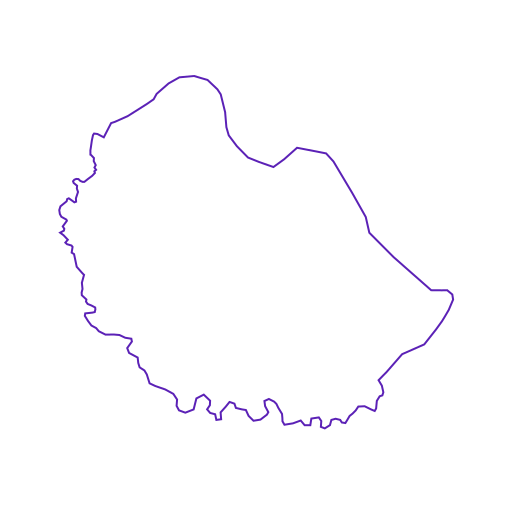 outline of Kwali, Federal Capital Territory, Nigeria, rotated 279°
{"feature_id": "59680162B82021418174103", "entity_name": "Kwali", "entity_type": "district", "adm_level": 2, "iso_a3": "NGA", "parent_name": "Nigeria", "parent_adm1": "Federal Capital Territory", "projection": "robinson", "projection_center": [6.945, 8.73], "detail": "fine", "context": "isolated", "style": "outline", "palette": "violet", "viewbox_px": 512, "rotation_deg": 279, "n_neighbors": 0, "source": "geoboundaries", "source_scale": "gbopen_adm2", "svg_char_len": 2571}
<svg xmlns="http://www.w3.org/2000/svg" viewBox="0 0 512 512"><g transform="rotate(279 256 256)"><path d="M351.7,80.3L351.6,76.9L349.9,76.1L344.5,75.8L337.6,75.9L334.4,75.9L333.3,76.1L330.2,76.6L330.1,77.1L327.4,80.6L324.3,80.9L320.7,83.5L318.1,82.6L316.1,84.6L314.4,83.1L312.8,83.9L309.5,81.6L305.7,77.9L302.4,74.9L302.1,73.1L302.7,70.7L304.2,68.6L304.0,66.4L302.9,64.6L301.2,63.6L299.6,64.5L297.4,68.3L294.6,68.5L291.4,70.2L284.8,69.1L281.5,69.8L280.6,68.2L281.1,67.3L283.7,62.1L282.7,60.6L280.4,60.4L274.5,55.1L270.6,54.5L266.8,55.7L264.3,57.6L262.3,63.0L261.2,63.7L255.0,60.5L252.9,62.4L251.0,62.3L248.4,58.9L246.4,62.7L242.6,67.6L239.4,65.6L238.1,67.5L237.5,72.1L236.3,73.4L230.5,73.4L229.4,76.0L217.3,80.6L212.4,86.5L210.8,88.6L210.5,89.1L202.3,88.2L196.3,89.8L192.6,89.5L190.0,90.1L186.5,95.3L184.4,95.2L182.3,97.2L181.4,101.1L180.0,105.2L178.2,105.7L175.4,105.5L174.5,103.3L172.6,96.3L170.1,96.3L165.6,100.2L161.6,104.3L159.8,109.4L157.1,112.5L154.8,119.7L156.2,127.8L156.6,133.5L154.8,139.6L154.8,145.8L152.1,146.8L144.9,143.2L140.4,145.8L137.2,155.0L132.1,156.4L131.8,156.5L127.8,158.5L125.5,163.7L121.9,166.7L113.6,170.8L111.8,177.0L110.0,187.2L106.9,195.9L101.9,200.5L95.6,201.0L91.5,204.1L90.2,210.7L94.7,218.4L106.0,219.4L110.9,226.1L105.9,233.3L101.4,233.8L96.9,231.7L93.8,235.3L93.3,240.4L87.9,242.5L89.3,247.1L96.0,245.5L102.3,249.6L107.7,252.7L107.7,252.8L106.8,257.8L102.8,259.9L102.3,266.0L102.3,270.1L96.9,273.7L92.9,279.3L95.1,286.0L101.0,291.6L103.7,292.6L109.1,288.5L114.1,287.0L116.8,291.1L115.0,296.7L113.1,299.3L109.5,301.8L104.1,306.4L100.1,307.4L96.9,308.0L93.8,310.5L96.5,318.7L100.5,325.9L96.5,330.5L97.4,336.1L104.1,336.1L106.4,343.3L103.2,346.3L97.4,346.8L96.5,350.9L100.5,355.5L105.9,356.1L107.7,360.1L107.3,364.8L105.0,366.8L105.0,370.4L108.6,371.9L112.7,373.5L115.4,376.0L119.0,378.6L123.3,380.6L124.6,386.8L122.4,393.9L121.5,397.5L124.2,398.5L131.8,398.0L136.8,400.1L138.1,402.6L141.3,403.1L147.6,400.6L152.5,396.5L157.9,400.3L161.8,403.1L181.9,415.7L195.0,436.0L211.6,445.3L220.7,449.9L226.0,452.1L232.9,454.8L243.8,457.5L248.7,455.9L252.1,450.2L251.2,445.0L249.6,434.4L276.4,392.1L296.7,364.3L311.7,358.3L333.4,341.1L361.5,317.7L368.3,309.2L368.7,298.7L369.3,279.6L356.0,268.7L346.6,259.3L347.2,256.1L347.6,253.8L349.3,244.5L352.0,232.7L361.5,219.9L370.9,210.2L378.6,206.6L392.8,203.1L393.0,203.1L410.1,195.9L414.6,191.8L422.3,180.6L423.1,174.2L424.1,166.7L420.5,152.4L412.8,142.7L400.6,132.5L394.8,130.4L389.4,124.8L374.1,107.4L366.4,95.6L364.6,92.1L349.4,87.1L351.7,80.3Z" fill="none" stroke="#5b21b6" stroke-width="2"/></g></svg>